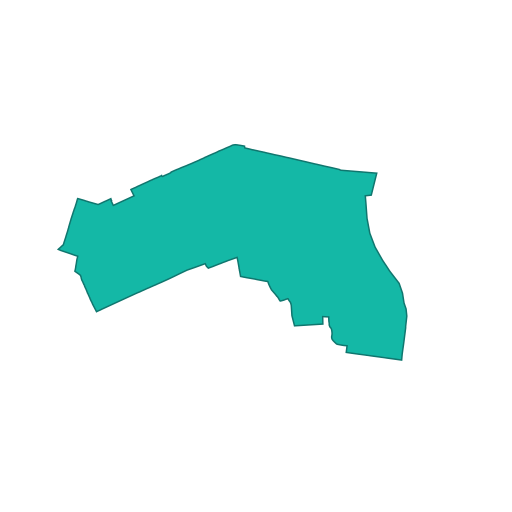 outline of Vedea, Giurgiu, Romania, rotated 305°
{"feature_id": "2599482B51909863572758", "entity_name": "Vedea", "entity_type": "district", "adm_level": 2, "iso_a3": "ROU", "parent_name": "Romania", "parent_adm1": "Giurgiu", "projection": "mercator", "projection_center": [25.749, 43.774], "detail": "fine", "context": "isolated", "style": "filled", "palette": "teal", "viewbox_px": 512, "rotation_deg": 305, "n_neighbors": 0, "source": "geoboundaries", "source_scale": "gbopen_adm2", "svg_char_len": 5936}
<svg xmlns="http://www.w3.org/2000/svg" viewBox="0 0 512 512"><g transform="rotate(305 256 256)"><path d="M254.3,435.0L259.5,432.0L269.1,427.1L283.0,419.8L283.4,419.5L284.3,418.9L293.1,414.1L293.5,413.8L298.7,409.3L302.4,404.2L309.6,397.3L315.7,388.9L320.3,374.2L323.0,367.5L323.4,366.4L325.1,362.1L331.6,348.4L339.9,336.2L349.0,326.9L349.3,326.6L350.1,325.7L350.7,325.2L354.0,322.5L362.1,315.9L368.0,311.0L372.0,315.5L393.1,307.4L374.8,276.1L374.8,275.7L374.7,275.1L374.6,274.4L374.4,274.0L374.2,273.5L373.7,272.2L371.7,267.2L371.1,265.8L370.1,263.4L369.8,262.7L369.0,260.8L368.4,259.3L367.7,257.5L366.5,254.6L366.1,253.5L365.0,251.0L364.6,249.9L363.3,246.7L361.6,242.4L361.0,240.9L360.3,239.2L358.4,234.5L358.1,233.7L356.8,230.5L356.5,229.7L355.2,226.5L354.4,224.7L354.1,224.0L354.0,223.7L353.2,221.7L352.4,219.6L352.1,218.9L351.4,217.2L349.5,212.9L349.2,212.1L348.9,211.2L348.6,210.6L348.2,209.5L347.6,208.1L347.2,207.1L346.8,206.2L346.2,204.7L345.9,203.8L345.3,202.4L344.9,201.4L344.2,199.8L343.7,198.6L343.1,197.1L342.6,195.9L342.0,194.5L341.4,193.0L340.9,192.0L340.2,190.1L339.9,189.3L339.6,188.6L339.3,187.8L338.7,186.3L338.1,184.9L339.1,183.8L339.4,183.6L338.9,182.4L338.1,180.7L337.6,179.6L337.3,179.1L336.3,177.0L335.9,176.3L335.5,175.5L334.4,174.2L333.7,173.5L333.2,173.1L330.8,171.8L329.1,170.7L326.7,169.2L325.1,168.3L324.0,167.6L322.1,166.4L320.5,165.3L319.4,164.8L317.1,163.5L315.6,162.5L311.3,159.9L310.7,159.5L310.1,159.2L309.2,158.7L308.8,158.4L308.3,158.1L307.9,157.9L307.5,157.6L306.6,157.2L305.5,156.6L304.9,156.2L303.9,155.6L302.8,154.9L302.1,154.6L301.1,154.0L300.6,153.7L299.3,152.9L298.5,152.4L298.1,152.1L297.7,151.9L297.2,151.6L296.9,151.4L295.9,150.8L295.2,150.4L293.0,149.0L291.8,148.2L290.4,147.4L288.9,146.4L287.4,145.4L285.3,144.0L284.4,143.5L283.6,143.0L282.6,142.4L281.5,141.6L280.8,141.2L279.9,140.6L278.0,139.5L277.4,139.1L276.5,138.6L276.0,138.3L275.7,138.4L275.2,138.3L274.9,138.2L274.6,138.0L273.3,137.3L269.1,134.7L267.7,134.0L267.6,133.9L267.4,133.4L267.4,133.1L267.8,132.5L267.6,132.4L267.1,132.3L266.7,132.0L265.8,131.4L264.8,130.9L263.7,130.2L261.9,129.0L260.9,128.4L259.6,127.6L258.8,127.2L257.6,126.4L256.4,125.7L254.9,124.9L249.2,121.5L246.9,120.2L245.3,119.2L243.2,118.1L242.2,117.5L241.9,117.2L241.4,117.0L241.0,116.8L240.3,116.3L239.6,115.9L239.1,115.6L238.7,115.4L235.3,121.6L215.6,110.1L218.1,105.7L218.5,105.9L219.0,105.1L219.7,104.2L218.6,103.6L218.4,103.5L217.6,103.0L215.8,102.0L215.0,101.5L213.7,100.7L211.4,99.4L208.3,97.6L207.9,97.3L207.6,97.1L207.6,96.9L207.4,96.6L207.1,95.7L205.5,91.1L204.3,87.7L204.0,86.6L203.4,84.9L203.1,83.7L202.5,81.9L201.9,80.2L200.8,77.0L200.2,77.1L197.1,78.2L195.6,78.7L194.2,79.1L192.8,79.6L190.5,80.2L190.3,80.2L189.7,80.4L188.5,80.8L187.3,81.1L185.5,81.7L184.1,82.1L181.2,83.0L180.1,83.3L179.4,83.6L176.4,84.6L174.9,85.1L173.8,85.5L172.8,85.8L171.7,86.3L170.6,86.6L168.1,87.5L166.8,87.9L163.6,88.9L162.2,89.4L156.6,91.1L155.4,91.5L155.0,91.6L154.8,91.6L154.6,91.7L154.4,91.6L154.0,91.6L153.5,91.4L150.2,90.7L148.6,90.3L148.0,90.2L148.3,91.6L148.5,92.7L148.9,94.0L149.8,97.1L150.7,100.1L151.6,103.2L152.4,106.2L152.9,107.9L153.2,108.8L153.5,109.9L153.6,110.0L153.4,110.2L152.1,110.7L151.2,111.0L150.8,111.2L150.5,111.3L150.0,111.5L148.0,112.5L147.4,112.8L146.4,113.3L145.5,113.7L144.4,114.2L144.0,114.4L143.1,114.9L141.8,115.5L140.9,115.9L140.1,116.2L139.8,116.3L139.7,116.3L139.6,116.6L139.6,116.8L139.6,117.0L139.6,118.1L139.6,118.8L139.6,119.5L139.6,121.4L139.5,122.3L139.5,122.8L139.5,123.1L139.5,123.3L139.4,123.4L139.0,123.9L138.8,124.3L138.0,125.2L137.6,125.6L137.3,125.9L137.0,126.3L136.7,126.7L136.2,127.4L136.0,127.9L135.5,128.8L135.4,129.0L135.1,129.5L134.8,129.9L134.6,130.3L134.0,131.3L133.9,131.4L133.9,131.6L133.7,132.1L133.4,132.4L133.2,132.6L133.0,132.9L132.7,133.3L132.5,133.7L132.3,134.1L132.0,134.5L131.8,135.0L130.6,136.9L130.1,137.7L129.4,138.7L129.0,139.2L129.0,139.5L128.3,140.6L126.4,143.8L125.7,144.8L125.5,145.2L125.4,145.3L124.6,146.7L123.8,148.3L123.7,148.5L123.3,149.0L122.7,150.0L121.2,152.9L119.9,155.4L118.9,157.3L120.0,157.9L122.6,159.5L123.8,160.1L149.2,174.9L153.8,177.6L155.7,178.7L158.2,180.2L160.0,181.4L161.1,182.0L162.3,182.7L163.6,183.5L166.0,184.9L167.2,185.6L168.4,186.4L169.9,187.3L170.3,187.5L171.4,188.2L173.1,189.2L174.6,190.2L176.2,191.1L179.3,193.0L180.1,193.5L187.4,197.8L192.9,200.9L196.9,203.1L203.1,206.6L205.0,207.7L210.8,211.9L220.6,218.8L220.3,219.4L220.0,219.8L219.4,220.9L219.2,221.3L219.0,222.2L218.9,222.9L218.7,223.9L218.9,224.0L220.7,225.3L222.7,226.7L225.2,228.3L228.2,230.3L229.6,231.3L231.8,232.7L234.5,234.6L236.4,235.8L237.6,236.7L244.0,241.3L241.6,243.9L240.5,245.0L237.9,247.6L236.9,248.6L236.4,249.0L235.9,249.5L235.3,250.2L234.5,250.9L234.2,251.3L230.5,255.0L230.4,255.1L230.7,255.7L230.9,256.3L231.2,256.8L231.4,257.5L231.9,258.5L232.9,260.8L234.4,263.9L234.8,264.8L236.4,268.2L237.2,270.2L238.8,273.7L240.4,277.3L241.2,279.0L241.3,279.0L241.9,280.3L241.7,280.5L241.3,281.1L240.5,282.2L239.5,283.8L238.3,285.9L237.7,287.1L237.2,288.0L236.4,291.2L236.2,292.0L235.7,294.0L235.0,296.1L235.1,296.3L234.6,297.9L234.2,298.8L233.7,299.8L233.3,300.7L233.1,301.3L233.0,301.6L233.1,301.8L233.4,302.0L234.0,302.6L235.1,303.5L235.7,304.0L236.4,304.5L237.4,305.1L237.8,305.4L238.6,306.0L239.3,306.5L239.4,306.8L239.2,307.0L239.0,307.3L238.9,307.6L238.3,309.1L238.0,310.1L237.8,310.7L237.6,310.9L237.2,311.6L235.8,313.2L227.7,319.7L220.9,327.6L238.6,349.8L244.6,345.4L247.8,350.5L244.5,353.0L242.7,354.7L241.4,355.6L241.0,356.2L240.7,356.6L240.5,356.9L240.2,357.5L240.1,357.9L240.0,358.4L239.9,358.8L239.7,359.2L239.5,359.6L238.7,360.5L238.0,361.2L236.4,362.6L235.1,363.4L233.0,364.4L232.6,364.8L231.7,365.7L231.3,366.5L230.9,367.8L230.8,368.3L230.5,369.9L230.3,371.3L230.2,371.8L230.2,372.1L230.2,372.6L230.2,372.9L230.4,373.4L230.7,374.1L231.6,376.1L232.2,377.4L233.0,379.1L234.7,382.1L228.8,385.2L231.3,390.2L254.3,435.0Z" fill="#14b8a6" stroke="#0f766e" stroke-width="1.5"/></g></svg>